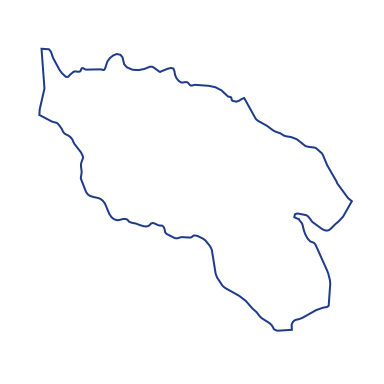 outline of Lobaye, rotated 184°
{"feature_id": "CAF-795", "entity_name": "Lobaye", "entity_type": "Prefecture", "adm_level": 1, "iso_a3": "CAF", "parent_name": "Central African Republic", "parent_adm1": "", "projection": "albers", "projection_center": [17.683, 4.256], "detail": "fine", "context": "isolated", "style": "outline", "palette": "blue", "viewbox_px": 384, "rotation_deg": 184, "n_neighbors": 0, "source": "natural_earth", "source_scale": "10m", "svg_char_len": 3093}
<svg xmlns="http://www.w3.org/2000/svg" viewBox="0 0 384 384"><g transform="rotate(184 192 192)"><path d="M349.6,258.2L349.7,263.8L346.4,284.9L352.1,324.4L344.7,324.4L342.6,322.3L339.9,316.0L332.9,304.9L330.2,301.6L325.9,298.1L323.7,298.2L321.8,300.5L318.7,303.5L317.2,304.2L314.3,304.0L312.4,304.3L311.6,305.0L310.9,307.3L310.3,307.9L309.1,307.9L307.2,306.9L306.2,306.7L292.6,307.9L290.8,307.9L289.2,307.5L288.0,307.8L287.0,310.2L285.8,315.3L285.1,317.0L283.2,319.9L280.2,322.7L276.7,324.4L273.0,323.9L270.7,321.5L268.6,314.7L265.6,311.8L259.8,309.8L253.8,309.9L248.1,311.4L242.8,314.0L240.7,314.2L239.0,313.6L233.0,309.8L232.2,309.5L231.2,310.2L224.7,313.3L221.5,314.3L219.1,313.8L217.9,311.1L217.1,307.7L215.5,304.6L213.3,302.2L210.8,300.6L209.3,300.5L206.0,301.2L204.5,301.2L203.4,300.5L201.7,298.7L200.6,298.1L199.4,298.2L197.4,298.9L196.5,299.1L182.6,299.1L175.8,298.1L169.6,295.4L163.3,290.2L162.6,289.7L160.2,289.5L159.4,288.8L158.7,286.6L158.0,285.8L154.1,285.2L151.3,286.4L148.8,288.3L146.5,289.4L133.5,269.4L132.4,268.5L130.9,267.5L122.1,263.4L115.5,259.2L113.5,258.2L108.0,256.7L104.2,254.7L103.2,254.4L102.3,254.2L97.0,253.7L91.6,252.1L90.8,251.7L82.1,245.8L80.9,245.5L79.0,245.2L72.4,244.8L71.2,244.3L65.1,239.6L64.5,238.8L63.7,237.5L59.0,228.1L48.4,212.3L48.1,211.5L47.7,210.7L35.9,196.8L31.9,194.0L39.6,177.9L44.3,172.2L46.5,170.2L50.7,165.4L52.6,163.6L54.1,163.0L55.7,162.9L57.6,163.3L59.6,164.1L69.7,170.4L70.9,171.6L72.0,173.1L74.6,175.8L75.9,176.6L76.7,176.9L84.8,177.9L86.5,177.6L87.8,176.9L88.2,173.9L84.4,172.6L83.5,172.5L83.1,171.7L80.1,168.3L79.3,166.6L77.7,161.4L76.0,157.7L73.7,153.9L70.7,151.0L66.8,149.8L65.2,148.2L51.7,123.0L50.3,119.9L48.2,113.5L47.7,110.1L47.7,88.1L48.9,86.9L50.0,86.5L53.3,85.7L60.0,82.8L72.9,74.3L74.9,73.3L76.5,72.6L77.7,72.3L79.5,71.7L81.0,70.9L82.2,69.5L83.0,67.8L83.3,66.4L82.8,61.5L96.8,59.6L98.5,59.9L100.8,60.9L101.7,62.6L103.5,65.0L105.7,66.7L113.7,71.0L115.6,72.6L119.3,76.7L123.5,79.9L130.7,87.1L137.7,91.7L151.1,98.0L153.5,99.4L155.1,100.7L161.0,108.4L162.7,112.1L168.1,135.3L169.3,137.8L170.8,139.9L175.6,144.9L178.2,146.4L183.1,148.4L185.3,148.8L187.0,148.8L188.0,148.2L188.7,147.4L189.5,146.8L190.8,146.4L198.6,146.3L200.7,145.9L202.4,145.1L204.1,144.7L205.9,144.8L214.2,148.3L215.4,149.2L216.1,150.3L216.7,152.8L217.3,154.3L218.5,155.8L219.6,156.4L221.8,156.3L223.7,156.6L227.3,158.1L229.1,158.3L230.5,157.8L231.4,156.7L232.3,155.7L233.2,155.1L234.2,154.7L235.1,154.5L237.3,154.4L241.1,155.2L245.4,156.5L246.8,156.8L248.6,156.9L250.7,157.3L252.8,158.1L254.5,159.9L256.6,160.5L259.1,160.2L262.0,159.2L264.6,158.6L268.1,159.5L270.8,161.5L273.0,164.4L278.0,174.4L280.5,177.2L282.8,178.7L284.8,179.4L289.8,180.1L293.5,181.0L295.7,182.3L297.5,184.3L303.8,197.6L303.9,199.0L303.5,202.3L303.5,204.6L304.5,209.8L304.7,212.1L304.3,214.2L303.0,218.6L303.8,220.9L305.6,223.9L312.7,231.8L314.2,234.3L314.7,235.5L315.4,236.5L317.2,238.4L319.8,239.9L322.3,240.9L323.9,242.0L325.2,243.7L326.2,245.7L329.0,249.2L330.4,250.6L332.0,251.6L336.4,252.4L349.4,258.1L349.5,258.2L349.6,258.2Z" fill="none" stroke="#1e3a8a" stroke-width="2"/></g></svg>